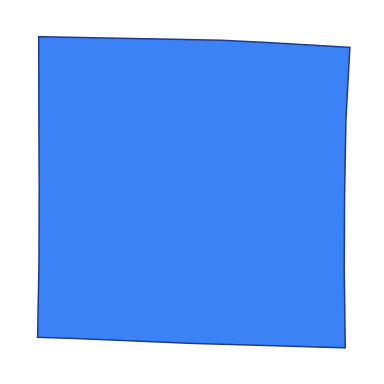 Livingston, Michigan, United States of America (Equal Earth projection), rotated 183°
{"feature_id": "52423323B39126215776989", "entity_name": "Livingston", "entity_type": "district", "adm_level": 2, "iso_a3": "USA", "parent_name": "United States of America", "parent_adm1": "Michigan", "projection": "equal_earth", "projection_center": [-83.94, 42.604], "detail": "fine", "context": "isolated", "style": "filled", "palette": "blue", "viewbox_px": 384, "rotation_deg": 183, "n_neighbors": 0, "source": "geoboundaries", "source_scale": "gbopen_adm2", "svg_char_len": 351}
<svg xmlns="http://www.w3.org/2000/svg" viewBox="0 0 384 384"><g transform="rotate(183 192 192)"><path d="M30.8,44.4L35.9,122.3L39.4,195.3L42.1,273.1L41.9,344.7L48.2,344.7L118.7,345.2L170.2,345.1L353.2,339.1L349.1,263.5L344.9,189.6L341.1,113.4L338.6,38.8L299.7,39.6L184.6,40.8L30.8,44.4Z" fill="#3b82f6" stroke="#1e3a8a" stroke-width="1.5"/></g></svg>